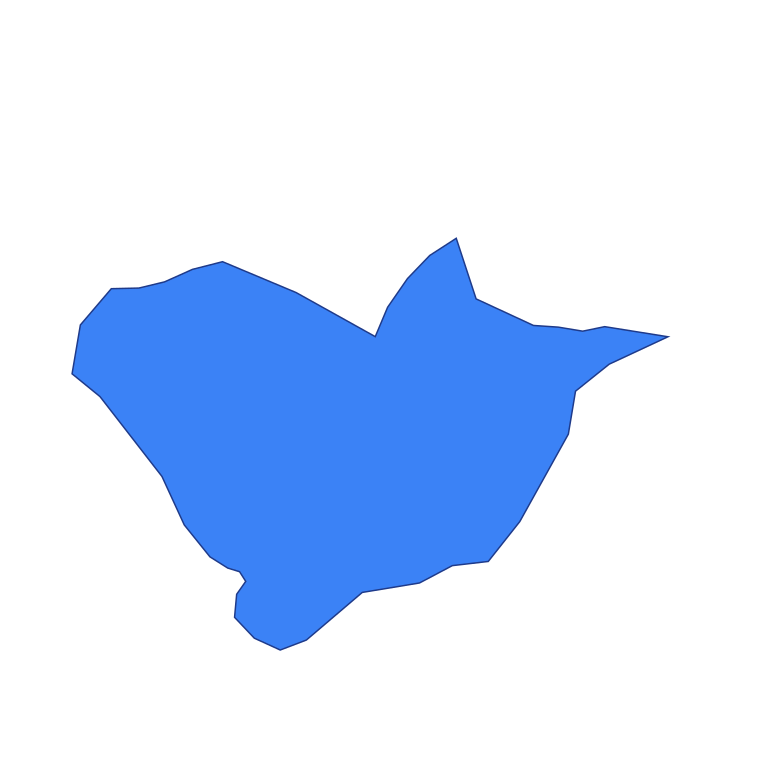 the border of Mwaro, rotated 244°
{"feature_id": "BDI-5588", "entity_name": "Mwaro", "entity_type": "Province", "adm_level": 1, "iso_a3": "BDI", "parent_name": "Burundi", "parent_adm1": "", "projection": "robinson", "projection_center": [29.724, -3.536], "detail": "fine", "context": "isolated", "style": "filled", "palette": "blue", "viewbox_px": 768, "rotation_deg": 244, "n_neighbors": 0, "source": "natural_earth", "source_scale": "10m", "svg_char_len": 651}
<svg xmlns="http://www.w3.org/2000/svg" viewBox="0 0 768 768"><g transform="rotate(244 384 384)"><path d="M529.9,108.1L570.2,137.0L589.2,180.7L577.7,205.7L572.0,231.5L571.0,262.1L564.7,292.5L504.7,345.1L430.4,396.9L451.4,420.9L468.5,451.4L479.5,481.5L483.3,512.8L420.1,504.1L371.1,544.0L358.7,565.6L344.4,585.7L338.8,607.5L302.0,659.9L303.1,595.1L293.6,553.0L258.1,527.7L200.8,445.7L178.8,399.9L190.8,365.8L189.6,328.7L206.2,273.1L187.9,202.0L190.4,174.1L212.4,156.0L239.8,147.4L259.6,159.4L267.2,173.2L278.6,171.9L287.0,162.9L304.9,151.8L344.9,142.7L398.2,143.9L497.2,123.2L529.9,108.1Z" fill="#3b82f6" stroke="#1e3a8a" stroke-width="1.5"/></g></svg>